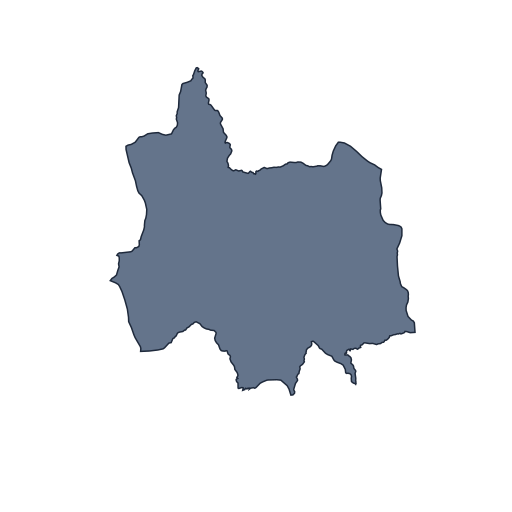 Páez, Boyacá, Colombia (Mercator projection), rotated 311°
{"feature_id": "7082276B49287929101879", "entity_name": "Páez", "entity_type": "district", "adm_level": 2, "iso_a3": "COL", "parent_name": "Colombia", "parent_adm1": "Boyacá", "projection": "mercator", "projection_center": [-73.017, 5.095], "detail": "fine", "context": "isolated", "style": "filled", "palette": "slate", "viewbox_px": 512, "rotation_deg": 311, "n_neighbors": 0, "source": "geoboundaries", "source_scale": "gbopen_adm2", "svg_char_len": 6121}
<svg xmlns="http://www.w3.org/2000/svg" viewBox="0 0 512 512"><g transform="rotate(311 256 256)"><path d="M108.3,231.5L114.3,237.8L120.7,243.6L125.0,246.8L126.7,247.2L133.1,247.4L135.0,248.8L138.9,247.5L139.7,247.6L140.6,248.1L142.4,247.9L143.2,248.2L146.0,247.4L147.0,247.5L148.4,248.2L151.0,250.3L153.2,250.7L153.9,251.4L156.6,251.1L158.4,251.9L161.6,252.1L162.3,252.2L163.1,252.9L165.4,253.0L167.1,254.0L168.1,258.1L167.4,261.6L167.7,264.0L168.4,266.4L169.8,268.7L170.2,270.3L172.3,273.3L172.1,275.9L171.4,276.7L166.9,278.7L165.4,280.7L164.6,283.2L164.4,285.9L162.2,289.8L161.8,291.7L162.1,292.6L163.4,294.5L164.1,295.2L164.9,295.5L165.4,296.4L163.8,299.1L163.7,299.7L163.9,301.6L163.2,302.8L161.3,303.8L159.7,306.7L158.9,310.9L158.3,312.4L156.5,314.5L155.7,318.2L154.8,319.8L153.8,320.9L151.8,321.2L151.6,322.6L150.4,322.0L149.5,322.2L148.5,323.8L148.3,325.8L144.7,329.0L144.5,329.5L144.8,330.0L147.2,331.4L148.1,332.6L147.9,333.1L145.9,334.1L147.9,335.2L148.9,334.8L149.4,335.0L149.7,336.4L150.5,336.4L151.9,337.6L151.8,337.9L151.0,338.3L152.8,338.7L155.1,340.6L155.2,341.5L155.8,342.0L156.9,342.3L162.7,342.6L165.3,343.6L169.3,345.6L170.3,346.4L176.3,352.9L178.6,356.2L178.6,364.6L177.2,368.3L173.9,373.6L175.4,375.0L177.7,375.1L179.0,374.2L179.6,372.5L180.2,371.9L185.7,369.4L189.3,369.0L190.2,368.1L191.0,366.0L191.3,365.8L192.0,365.9L192.8,365.5L194.5,365.2L195.4,365.5L197.5,364.2L199.4,363.5L200.2,362.9L201.0,361.7L202.4,361.6L204.7,362.2L207.9,361.9L208.4,360.9L210.0,360.1L211.0,358.6L213.7,357.6L215.6,357.6L216.1,356.8L217.2,356.4L218.0,355.7L220.2,355.5L223.2,356.5L224.8,356.5L226.1,355.9L227.7,354.0L229.1,354.9L229.3,356.0L229.2,361.7L228.2,364.3L228.2,365.2L228.8,366.8L228.2,372.2L228.6,374.7L230.1,379.0L228.6,383.0L228.4,384.3L229.0,386.8L230.5,390.8L230.8,393.4L229.0,397.8L226.7,400.3L226.9,401.5L227.8,402.2L228.8,404.1L228.8,405.6L227.9,407.0L226.2,408.1L224.0,410.3L223.8,411.6L224.1,413.1L224.7,414.5L224.6,415.4L225.6,415.0L226.2,414.1L226.7,413.8L227.4,412.9L229.2,411.5L232.4,407.8L234.5,406.9L234.9,406.2L235.4,403.6L236.9,401.8L237.3,400.7L237.4,397.8L240.2,396.2L241.5,394.4L241.7,392.7L241.5,391.3L241.6,390.2L239.7,388.1L240.2,387.4L241.4,387.1L242.0,388.0L242.3,387.9L243.4,386.8L244.3,386.5L246.6,387.3L246.8,387.6L246.1,388.8L246.3,389.2L248.1,388.5L249.1,390.4L250.3,390.6L251.0,391.0L251.9,391.9L252.2,393.7L252.6,393.9L254.1,394.1L255.7,395.0L256.3,394.0L257.2,393.5L258.7,394.4L261.2,394.5L261.9,395.1L264.4,399.2L266.6,401.4L268.3,405.1L269.7,405.7L271.7,407.5L273.3,407.7L274.6,408.8L275.6,408.9L276.9,408.5L278.0,409.6L280.0,410.0L281.9,410.0L283.6,409.3L284.4,410.3L287.0,411.6L287.8,412.5L290.1,413.8L290.4,414.5L292.1,415.4L292.2,416.4L292.7,416.8L295.2,418.1L296.0,418.2L296.8,417.9L297.9,419.4L299.3,422.7L302.7,426.1L309.5,419.3L310.1,417.4L309.6,415.3L310.1,410.4L313.4,405.0L315.5,403.1L317.8,401.7L320.9,400.8L323.9,398.9L325.4,397.3L327.0,396.2L328.4,394.7L329.2,393.1L329.3,391.7L329.0,388.4L328.5,386.3L328.8,385.4L329.9,383.1L331.2,381.6L334.4,376.6L341.3,369.3L348.1,362.8L349.7,362.0L351.0,360.5L352.2,360.0L353.0,359.1L353.7,357.7L360.0,355.9L367.0,352.8L372.2,348.3L373.0,346.6L372.8,344.7L372.3,343.3L369.8,339.0L367.3,335.9L366.5,334.4L366.0,331.5L366.3,328.6L368.8,323.3L370.4,321.3L372.4,319.5L373.3,319.3L379.7,312.9L381.1,311.9L383.9,311.0L386.2,309.7L389.9,306.2L394.4,300.4L396.3,298.6L403.7,293.9L402.9,290.1L402.6,285.8L401.2,280.9L400.8,278.1L400.5,270.9L400.9,263.3L400.8,255.3L399.3,248.6L397.1,244.9L395.9,243.5L391.4,243.9L385.9,245.5L382.0,247.3L378.7,249.4L377.0,249.9L372.6,250.0L370.8,249.8L368.7,248.9L367.8,248.1L366.4,245.6L364.6,243.4L364.0,243.2L360.7,240.5L359.7,238.9L358.5,237.8L358.0,235.8L357.1,234.2L356.9,230.8L356.3,228.3L354.3,225.8L352.9,225.0L351.7,223.6L349.2,220.1L347.4,219.0L346.0,219.1L344.6,218.0L342.0,217.4L338.9,215.9L337.8,214.4L336.5,213.5L334.6,211.2L332.7,209.8L331.4,208.5L329.2,207.0L328.2,204.1L325.0,202.8L323.4,202.7L321.8,201.9L321.2,202.0L320.4,200.6L319.6,200.6L318.0,201.9L317.3,201.9L317.2,201.0L316.6,200.4L317.0,198.9L316.3,197.8L316.4,196.3L315.8,196.0L313.4,196.0L313.0,195.6L310.8,190.9L311.3,189.5L311.2,188.9L308.8,187.2L307.8,184.2L305.7,183.3L305.2,182.4L305.0,180.5L305.2,178.0L304.6,176.9L306.2,175.9L307.6,174.0L308.3,172.0L311.1,170.3L314.5,169.8L316.4,169.9L319.5,168.8L320.4,167.5L320.6,165.3L321.0,164.8L323.1,163.6L323.5,162.3L322.9,160.0L322.1,159.2L321.1,158.8L321.3,158.2L322.5,157.5L326.1,156.4L326.8,156.0L327.5,154.4L328.0,150.3L330.4,147.7L332.3,142.7L332.9,141.9L333.9,141.5L336.9,141.1L337.9,140.2L338.4,136.6L340.1,133.5L340.6,131.6L339.1,129.8L338.9,129.1L340.3,123.1L340.2,122.1L339.5,120.7L340.1,119.8L342.6,118.4L343.5,117.6L343.7,116.9L343.4,114.3L344.0,113.0L346.3,111.6L348.1,109.2L349.9,108.5L351.4,108.2L352.8,107.1L353.6,103.9L355.6,102.2L356.2,101.1L356.1,98.6L356.7,96.6L357.9,95.9L359.5,95.9L359.7,95.6L359.9,94.4L359.7,93.4L357.2,91.5L357.5,90.7L358.4,90.3L359.2,90.2L359.8,89.8L359.6,88.1L358.8,87.5L355.5,88.3L351.7,89.9L350.8,89.9L349.2,91.5L348.5,91.8L347.4,91.6L345.5,91.9L341.9,90.1L338.2,87.7L336.8,87.6L330.7,91.2L327.1,92.4L317.2,100.2L313.1,101.9L311.8,103.1L309.6,103.8L308.3,105.4L307.1,106.0L305.1,109.4L303.0,110.9L300.8,111.4L299.3,110.9L297.2,110.9L292.7,112.1L288.0,108.7L286.3,105.4L285.1,101.4L280.9,97.2L277.2,94.1L273.0,92.8L271.1,91.6L269.9,90.3L268.7,89.8L262.6,90.2L258.3,88.6L255.8,86.7L253.5,85.9L251.1,88.1L243.2,99.0L240.5,104.2L237.7,108.3L233.7,115.6L230.2,120.2L227.7,124.0L226.7,126.5L226.6,130.2L224.9,135.0L223.5,137.6L219.5,143.0L215.4,146.2L212.3,148.0L209.8,148.9L206.0,151.6L204.8,152.7L202.0,154.2L195.4,156.6L192.7,158.0L191.9,158.1L190.8,157.8L187.9,160.6L186.3,161.3L184.0,160.5L182.8,159.2L178.3,159.3L177.0,158.7L170.1,152.4L168.7,150.8L166.7,150.3L165.2,150.6L165.9,152.5L165.0,153.9L162.6,156.0L159.9,157.4L158.0,159.8L154.6,161.1L150.1,163.2L147.1,162.8L144.5,162.0L141.8,162.2L143.6,167.5L144.2,170.8L143.6,172.9L141.3,178.1L136.8,185.8L131.5,193.8L126.1,200.0L122.9,203.0L120.2,209.0L116.5,215.4L115.1,218.3L111.7,228.3L110.5,229.9L108.3,231.5Z" fill="#64748b" stroke="#1e293b" stroke-width="1.5"/></g></svg>